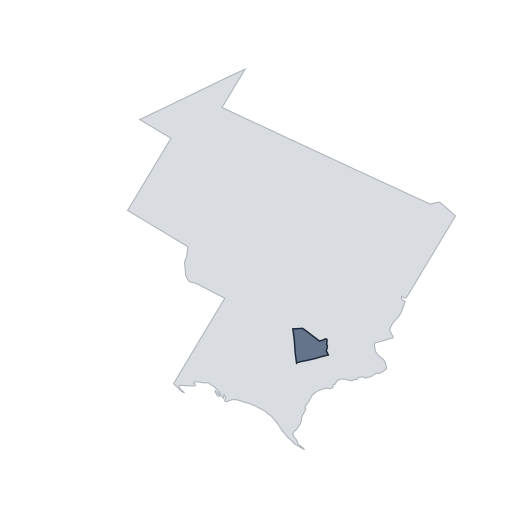 Magta lahjar, Brakna, Mauritania shown in context, rotated 301°
{"feature_id": "47542326B18376526841546", "entity_name": "Magta lahjar", "entity_type": "district", "adm_level": 2, "iso_a3": "MRT", "parent_name": "Mauritania", "parent_adm1": "Brakna", "projection": "mercator", "projection_center": [-12.791, 17.745], "detail": "fine", "context": "in_parent", "style": "filled", "palette": "slate", "viewbox_px": 512, "rotation_deg": 301, "n_neighbors": 0, "source": "geoboundaries", "source_scale": "gbopen_adm2", "svg_char_len": 4081}
<svg xmlns="http://www.w3.org/2000/svg" viewBox="0 0 512 512"><g transform="rotate(301 256 256)"><path d="M222.2,424.3L221.7,424.1L219.0,422.2L217.7,420.0L215.6,418.3L212.7,417.2L210.8,415.9L209.9,414.5L208.8,413.5L207.7,413.0L207.6,412.5L207.8,411.8L207.6,410.4L205.8,407.5L204.2,406.1L202.9,406.3L202.1,406.0L201.6,405.3L201.4,404.4L200.5,403.6L198.9,403.2L197.6,401.0L196.6,397.0L195.3,393.8L193.7,391.6L192.6,390.8L191.8,390.6L191.5,390.2L191.3,389.6L190.1,389.4L188.3,390.0L186.8,389.8L186.0,388.7L185.0,388.6L183.6,389.5L182.2,389.3L180.5,387.8L179.6,386.4L179.5,385.0L176.7,382.1L171.3,377.9L165.4,375.9L159.0,376.2L155.4,376.0L154.6,375.3L153.8,375.3L153.0,376.1L152.2,376.3L151.3,375.9L150.8,376.2L150.5,377.3L148.3,377.8L144.0,377.8L140.6,378.5L137.9,379.8L134.2,380.4L129.4,380.2L126.5,379.7L125.5,378.9L124.1,378.8L122.3,379.2L120.7,381.3L119.3,385.1L118.2,387.2L117.2,387.8L116.2,390.6L115.7,395.3L114.9,397.4L114.8,385.6L116.2,381.2L116.7,377.3L119.6,368.8L123.1,361.7L126.4,352.4L127.6,343.3L127.2,334.4L126.2,326.5L124.6,321.3L123.0,313.6L120.6,309.6L116.3,306.1L115.4,304.1L116.4,303.3L119.0,302.8L120.7,300.0L117.1,301.1L121.2,292.7L122.5,286.9L122.3,283.2L123.0,280.8L119.9,275.8L117.5,269.4L116.3,268.4L115.0,267.9L114.9,269.4L114.2,270.7L112.6,269.9L110.0,265.2L106.2,257.7L104.9,256.9L103.8,257.9L103.2,258.9L101.9,265.2L101.5,262.7L102.1,259.8L103.0,256.2L104.0,251.1L107.3,251.1L113.0,251.1L124.6,251.1L130.4,251.1L142.0,251.0L147.8,251.0L159.3,251.0L165.1,251.0L176.7,251.0L182.5,251.0L194.1,251.0L199.9,251.0L203.7,251.0L203.5,247.4L203.3,244.5L203.0,240.7L202.8,236.8L202.6,233.0L202.3,229.4L202.1,225.8L201.9,222.4L201.7,219.4L201.4,217.6L200.1,214.1L199.9,212.3L200.2,210.5L201.0,208.7L203.3,205.6L206.7,203.1L210.7,200.3L213.7,198.1L215.2,197.6L219.9,196.8L223.6,195.2L227.2,193.6L228.7,192.7L228.9,189.7L228.9,122.5L246.8,122.5L251.5,122.5L284.4,122.5L289.1,122.5L313.1,122.5L313.1,119.3L313.1,114.6L313.1,108.3L313.1,102.0L313.1,90.7L313.0,86.0L317.8,89.2L327.3,95.4L332.0,98.6L341.5,104.8L351.0,111.0L360.5,117.3L365.3,120.4L370.0,123.5L374.8,126.6L379.5,129.7L389.0,135.9L393.0,138.5L399.1,142.6L404.8,146.5L410.5,150.4L401.7,150.4L389.8,150.4L381.8,150.4L373.5,150.4L365.8,150.4L366.5,156.8L367.2,163.7L367.9,170.6L368.6,177.5L369.3,184.3L371.5,204.8L372.2,211.7L372.9,218.5L373.6,225.2L374.4,232.0L375.8,245.5L376.5,252.3L377.2,259.0L378.0,265.7L378.7,272.4L379.4,279.1L380.8,292.5L381.5,299.2L382.3,305.8L383.0,312.5L383.7,319.1L384.4,325.7L385.1,332.3L385.9,338.9L387.3,352.1L388.0,358.7L388.7,365.3L389.5,371.8L390.1,378.2L393.2,381.5L396.9,385.7L395.8,391.6L394.5,398.7L393.1,406.4L382.6,406.4L372.3,406.4L346.6,406.4L341.4,406.4L315.7,406.4L310.5,406.4L300.6,406.4L297.6,406.2L296.6,405.6L296.2,401.6L295.3,401.9L294.3,403.0L293.8,404.3L293.9,406.0L293.8,407.4L290.5,407.9L286.0,408.8L281.3,409.6L276.5,409.3L274.9,409.0L273.2,408.5L269.4,407.9L267.4,407.8L265.0,408.0L262.2,408.3L261.3,409.0L259.2,412.0L257.2,415.4L255.9,415.4L254.4,413.5L250.3,410.0L245.3,405.3L243.1,403.0L241.9,402.7L239.5,404.3L237.5,405.9L235.4,408.2L234.4,410.4L233.6,412.9L233.3,416.0L232.5,419.5L230.8,422.3L228.8,424.4L227.3,425.4L226.7,426.0L222.2,424.3ZM118.9,294.8L117.3,297.4L116.6,296.4L116.3,294.7L117.8,292.3L118.4,291.0L119.7,290.5L118.9,294.8Z" fill="#d9dde1" stroke="#a8b0b8" stroke-width="1"/><path d="M208.5,369.0L208.9,368.4L208.9,368.1L209.4,367.3L210.1,366.8L210.3,365.7L211.0,365.1L212.0,364.8L212.3,364.7L212.8,364.6L213.5,364.5L214.3,364.1L215.1,363.8L215.7,363.5L216.4,362.5L216.5,362.3L216.9,361.9L217.6,361.7L218.2,361.4L218.7,361.0L219.4,360.9L219.7,360.6L220.2,360.3L220.5,360.2L221.0,359.8L221.2,359.2L220.8,358.4L220.1,357.7L218.1,356.5L216.5,354.8L215.7,354.2L216.0,352.4L216.3,350.0L216.8,344.7L217.4,339.7L218.0,333.2L216.1,330.5L214.0,327.4L212.5,325.1L204.4,331.6L196.7,337.0L192.6,339.9L185.0,346.0L186.5,346.7L187.7,347.9L188.5,348.8L189.5,349.8L190.7,351.2L192.8,353.5L197.5,358.4L197.9,358.8L199.0,359.9L200.0,360.9L201.5,362.2L203.1,363.6L204.2,364.8L208.5,369.0Z" fill="#64748b" stroke="#1e293b" stroke-width="1.5"/></g></svg>